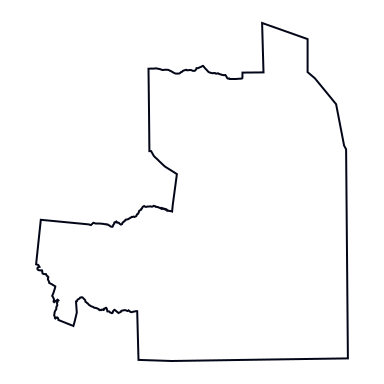 the district of Galeana, Chihuahua, Mexico
{"feature_id": "50627088B51134227456684", "entity_name": "Galeana", "entity_type": "district", "adm_level": 2, "iso_a3": "MEX", "parent_name": "Mexico", "parent_adm1": "Chihuahua", "projection": "orthographic", "projection_center": [-107.764, 30.204], "detail": "fine", "context": "isolated", "style": "outline", "palette": "ink", "viewbox_px": 384, "rotation_deg": 0, "n_neighbors": 0, "source": "geoboundaries", "source_scale": "gbopen_adm2", "svg_char_len": 5695}
<svg xmlns="http://www.w3.org/2000/svg" viewBox="0 0 384 384"><path d="M58.7,320.1L73.4,326.0L74.8,320.9L76.8,312.6L76.0,301.5L76.7,301.4L76.9,301.2L76.9,300.9L77.0,300.7L77.2,300.4L77.6,299.6L78.9,298.9L79.5,298.5L79.8,298.0L80.1,297.7L80.6,297.7L80.9,297.4L82.0,297.2L82.9,297.8L85.2,300.2L85.5,301.8L86.0,302.0L86.4,302.4L87.0,303.0L87.4,303.1L89.1,305.0L89.9,305.4L90.6,306.0L91.8,306.5L93.3,307.0L93.8,307.5L94.6,307.8L95.2,307.9L96.0,308.0L96.8,308.2L97.4,308.6L98.6,309.0L98.8,309.6L99.9,310.2L100.7,310.0L101.1,310.1L101.4,309.7L102.0,309.7L103.6,310.0L103.9,309.7L103.6,309.1L104.0,308.7L105.0,308.5L105.5,307.9L106.3,307.9L106.8,308.9L107.0,309.5L107.4,311.4L109.0,311.4L109.9,312.3L110.8,312.7L111.3,312.9L111.6,313.1L112.1,313.1L112.4,313.0L112.6,312.6L112.8,312.3L112.9,311.6L113.0,311.3L113.3,311.0L113.6,310.5L114.6,309.8L118.5,313.0L120.1,312.2L120.6,312.0L121.0,311.7L121.2,311.0L121.9,310.7L122.4,310.5L123.0,310.5L123.4,310.3L124.4,310.2L125.0,310.1L125.8,310.3L127.4,311.0L128.2,310.8L128.6,310.4L129.8,311.3L130.1,311.7L130.7,312.0L131.1,312.1L132.2,312.1L133.0,311.7L133.9,311.6L135.5,311.3L136.2,311.1L137.2,311.2L138.5,359.9L171.8,361.0L263.8,359.6L347.9,358.4L346.1,149.3L344.1,145.6L336.1,104.2L314.8,78.2L307.6,72.1L307.6,39.1L262.1,23.0L263.5,72.4L242.5,72.6L242.4,78.0L242.2,78.3L241.9,78.5L241.0,78.7L240.4,78.7L240.0,78.7L237.9,78.8L236.3,79.0L229.7,79.0L229.4,78.6L229.1,78.4L228.8,78.5L228.6,78.6L228.4,78.7L228.1,78.7L227.8,78.5L227.2,78.1L227.1,77.9L226.8,77.4L226.6,76.9L225.9,75.7L225.3,75.0L224.9,75.0L224.5,75.2L223.7,75.2L223.2,75.0L222.8,75.0L222.0,74.9L220.9,74.4L219.9,74.3L219.4,73.9L218.6,73.8L218.1,73.3L217.8,73.3L217.2,73.5L216.4,73.7L215.6,73.5L215.4,73.2L215.1,73.1L214.7,73.2L214.1,73.0L213.4,73.2L213.1,73.1L212.3,73.2L210.9,72.9L210.5,72.7L209.9,72.6L208.4,71.9L207.4,70.7L205.1,68.3L203.1,65.9L202.8,65.9L200.9,66.9L200.2,67.1L198.2,68.1L196.6,68.1L196.6,68.5L196.1,69.2L195.9,69.7L194.9,70.7L194.2,70.9L193.1,70.9L192.8,70.8L191.2,70.1L190.7,70.0L190.4,70.0L190.0,70.1L189.5,70.0L188.5,70.2L187.5,70.3L187.0,70.1L186.8,70.2L186.5,70.0L186.3,69.8L186.0,69.8L185.5,69.9L184.9,70.2L184.5,70.3L184.0,70.4L183.5,70.7L182.8,70.9L182.7,71.0L182.1,71.7L181.8,71.9L180.9,72.3L180.7,72.3L180.1,73.0L179.9,73.2L179.2,73.5L177.8,73.6L176.0,73.6L175.4,73.5L174.2,73.0L170.7,71.0L169.9,70.7L169.0,70.2L168.4,69.9L167.1,69.8L166.3,69.7L164.4,69.8L162.9,70.0L162.4,70.0L160.2,69.2L158.0,68.7L157.3,68.7L156.2,68.3L155.5,68.4L154.8,68.5L153.7,68.6L151.1,68.6L148.5,68.7L149.0,110.1L149.4,151.1L151.1,151.1L153.8,155.9L154.3,156.5L158.4,160.3L158.5,160.5L163.1,164.9L165.0,166.6L176.9,174.1L172.7,205.3L172.1,211.5L171.0,211.1L170.4,211.1L169.8,210.9L169.3,211.0L169.0,210.9L168.8,210.8L168.4,210.8L168.2,210.6L167.7,210.6L167.3,210.5L167.2,210.6L167.0,210.2L166.6,209.9L166.7,209.6L166.0,209.2L165.9,209.1L164.9,208.9L164.7,208.9L164.7,209.2L164.4,209.0L164.0,209.1L163.9,209.0L163.7,209.0L163.4,208.8L163.4,208.7L162.8,208.8L162.9,208.6L162.8,208.4L162.3,208.5L162.1,208.1L161.9,208.1L161.7,208.2L161.7,208.4L161.5,208.5L161.4,208.5L161.4,208.1L161.3,207.9L161.2,207.9L160.9,208.3L160.7,208.3L159.8,207.9L159.4,207.8L159.0,207.7L158.5,207.3L157.9,207.0L157.6,207.0L157.0,207.1L156.7,207.0L156.5,206.8L156.3,206.8L156.0,206.8L155.7,206.8L155.2,206.4L155.1,206.2L154.5,206.2L154.2,206.1L154.0,205.9L153.8,205.8L153.4,206.0L152.9,206.4L152.0,206.7L151.2,206.6L150.7,206.4L149.6,206.4L149.1,206.5L148.6,206.5L147.1,206.6L146.7,206.8L146.1,206.9L145.7,206.9L145.1,206.7L144.4,206.2L144.1,206.0L143.9,206.1L143.6,206.4L143.1,206.6L142.3,207.4L142.2,207.8L142.0,208.5L141.1,209.1L141.0,209.8L139.5,210.6L139.0,211.2L139.0,211.9L138.6,212.4L138.3,213.4L138.1,213.8L137.2,214.2L137.0,214.4L136.6,215.4L136.2,216.1L135.6,216.5L135.0,216.7L134.3,217.0L133.6,216.6L133.2,216.7L132.5,217.0L131.9,216.9L131.7,216.9L131.1,217.4L130.5,217.8L130.2,217.8L129.3,218.5L128.7,218.8L128.4,219.1L127.9,219.2L127.1,219.5L126.1,219.5L125.4,219.9L125.2,220.6L124.7,221.0L124.1,221.3L123.6,222.0L122.6,222.5L122.5,223.0L122.3,223.4L122.1,224.0L120.9,224.6L120.5,224.4L119.8,223.8L119.2,223.3L119.1,223.0L118.8,222.8L118.5,222.7L118.1,222.7L117.7,222.5L117.2,222.7L116.8,222.2L116.7,221.9L116.3,221.5L116.2,221.6L116.0,221.9L115.6,222.2L115.3,222.3L115.0,222.2L114.7,222.3L114.3,222.6L114.3,223.5L114.0,224.0L113.3,224.8L113.2,225.2L113.0,225.7L112.9,226.1L112.6,226.7L112.3,226.8L111.3,226.7L110.8,226.4L110.4,226.4L109.5,225.5L109.1,225.3L108.5,225.2L107.6,224.4L106.8,224.5L106.5,224.5L105.8,224.1L105.6,224.1L105.3,224.2L104.6,224.2L103.7,223.9L102.4,223.9L101.2,223.6L95.6,223.5L93.3,222.8L90.9,225.1L88.8,224.4L40.8,219.8L36.1,264.3L37.3,264.7L37.8,264.8L38.2,264.9L38.5,265.3L38.7,265.7L38.8,266.0L39.2,266.3L39.5,266.9L38.1,267.3L37.5,267.9L37.4,268.8L37.6,269.4L38.3,270.0L38.8,270.2L40.2,270.4L41.8,270.3L42.1,270.4L42.3,272.2L42.6,273.5L43.0,273.7L43.7,274.0L44.5,274.1L46.0,274.1L46.4,275.0L46.8,275.7L48.2,276.8L48.3,277.4L48.3,277.7L47.9,278.1L48.0,278.5L47.9,279.3L48.0,279.7L48.3,280.2L48.9,281.4L49.1,282.0L49.2,282.4L49.2,282.9L52.1,284.4L55.3,286.4L55.2,287.1L54.8,288.7L53.5,292.7L52.3,295.7L52.2,295.9L53.1,297.3L53.9,299.1L54.0,300.1L54.1,300.4L53.9,300.7L53.6,301.0L53.5,301.3L53.6,301.6L54.1,302.2L55.7,301.1L56.3,300.5L56.8,300.2L57.2,300.1L57.6,299.7L58.4,300.4L57.7,301.1L57.5,301.4L57.5,302.2L57.0,302.8L56.9,303.1L57.2,304.3L57.3,305.0L57.2,305.6L56.6,306.6L56.3,307.1L56.3,309.1L56.2,309.4L55.9,309.7L54.9,311.3L54.8,312.0L54.6,312.4L54.5,312.9L54.5,313.1L54.5,313.6L54.2,314.8L54.2,315.4L54.6,316.3L54.9,317.1L54.9,318.0L55.4,318.5L56.7,317.5L57.2,317.4L57.8,317.8L58.2,319.0L58.8,319.9L58.7,320.1Z" fill="none" stroke="#020617" stroke-width="2"/></svg>